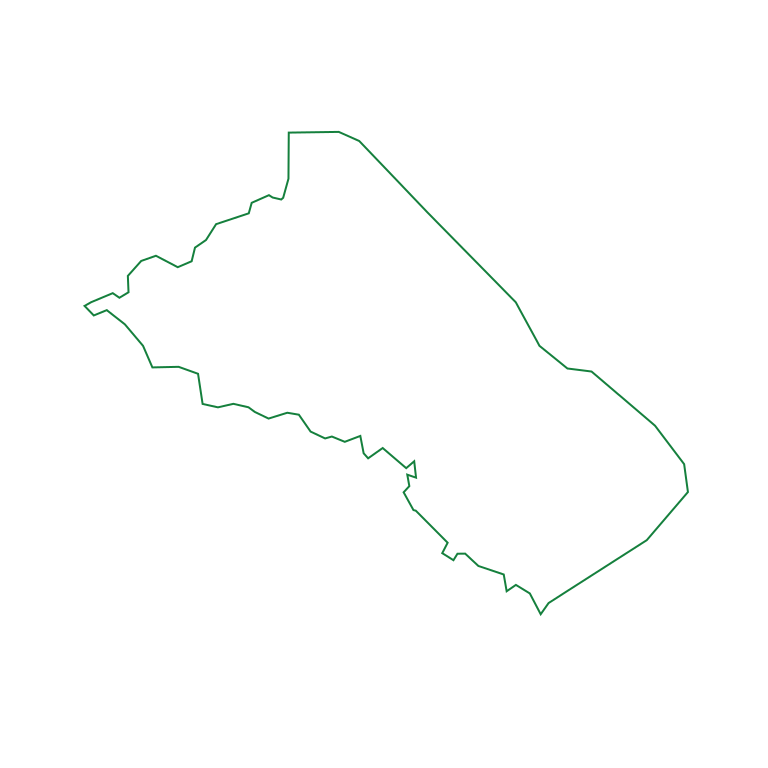 outline of Rincón, Puerto Rico, rotated 161°
{"feature_id": "32010507B13421931783932", "entity_name": "Rincón", "entity_type": "district", "adm_level": 2, "iso_a3": "PRI", "parent_name": "Puerto Rico", "parent_adm1": "", "projection": "natural_earth1", "projection_center": [-67.225, 18.337], "detail": "fine", "context": "isolated", "style": "outline", "palette": "green", "viewbox_px": 768, "rotation_deg": 161, "n_neighbors": 0, "source": "geoboundaries", "source_scale": "gbopen_adm2", "svg_char_len": 1294}
<svg xmlns="http://www.w3.org/2000/svg" viewBox="0 0 768 768"><g transform="rotate(161 384 384)"><path d="M310.8,115.3L300.4,122.8L299.7,123.3L277.2,128.8L186.4,150.8L131.8,182.9L126.3,210.5L141.3,256.3L147.4,266.7L165.2,296.9L165.6,297.5L183.7,328.2L187.1,329.9L204.8,338.6L205.5,338.9L224.6,369.5L225.3,374.0L231.2,408.8L232.6,417.3L232.8,418.4L235.2,423.4L247.2,448.6L270.6,497.6L282.2,521.9L284.6,527.0L287.1,532.2L301.8,564.2L302.1,564.9L308.4,578.6L328.3,621.8L344.7,637.1L392.2,652.7L407.5,609.2L418.7,592.9L421.1,591.9L428.6,596.6L431.3,600.0L450.1,598.4L456.3,589.4L490.7,589.8L505.4,578.1L518.3,574.5L525.9,562.7L541.0,561.6L557.9,579.5L573.5,579.4L591.0,569.6L595.7,553.9L606.1,551.7L610.9,558.2L634.2,556.7L641.7,555.3L636.1,543.3L622.1,544.1L609.6,524.8L599.4,498.5L597.6,475.1L572.6,467.1L556.5,454.2L562.0,424.2L548.6,416.0L532.9,414.3L519.7,406.1L515.3,399.7L504.4,388.9L484.8,388.3L474.5,382.7L468.9,362.9L457.4,351.7L450.4,351.3L439.9,342.1L423.3,342.6L425.8,325.1L423.2,318.9L406.1,323.9L390.4,297.2L380.6,301.1L384.2,285.0L391.5,290.7L393.3,279.2L400.7,275.2L397.2,255.2L395.2,253.9L375.5,213.2L384.0,205.1L375.7,194.8L369.8,199.6L362.5,197.2L354.0,181.2L332.8,164.9L335.5,148.1L324.7,151.1L314.3,138.5L310.8,115.3Z" fill="none" stroke="#15803d" stroke-width="2"/></g></svg>